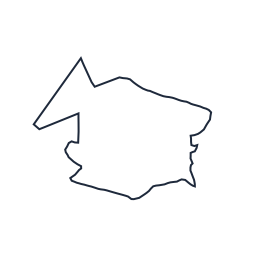 outline of Campo Alegre, Alagoas, Brazil, rotated 150°
{"feature_id": "56859067B15895498916123", "entity_name": "Campo Alegre", "entity_type": "district", "adm_level": 2, "iso_a3": "BRA", "parent_name": "Brazil", "parent_adm1": "Alagoas", "projection": "albers", "projection_center": [-36.296, -9.82], "detail": "fine", "context": "isolated", "style": "outline", "palette": "slate", "viewbox_px": 256, "rotation_deg": 150, "n_neighbors": 0, "source": "geoboundaries", "source_scale": "gbopen_adm2", "svg_char_len": 1726}
<svg xmlns="http://www.w3.org/2000/svg" viewBox="0 0 256 256"><g transform="rotate(150 128 128)"><path d="M89.8,65.0L89.4,67.8L89.1,70.3L87.7,72.5L86.2,75.1L84.1,74.9L81.8,74.4L78.6,76.4L76.6,78.6L79.5,79.2L81.6,81.5L80.3,84.5L78.7,87.3L77.6,90.0L74.0,88.6L70.4,87.9L67.6,88.0L63.0,88.8L58.1,91.7L54.7,93.4L52.8,94.3L50.6,97.2L48.2,100.0L49.0,103.2L50.6,105.6L52.6,107.7L54.7,110.5L57.6,113.5L59.9,115.8L61.4,117.5L62.6,119.4L64.2,121.5L66.2,123.1L68.3,125.0L70.1,127.0L71.4,128.6L73.0,130.5L74.5,132.1L76.9,134.2L79.2,135.9L81.5,137.9L83.9,140.7L85.2,142.3L86.9,144.5L88.8,146.9L90.4,149.1L92.1,150.5L93.6,152.3L95.5,154.8L96.8,157.2L98.0,159.4L99.3,162.2L100.4,164.8L101.1,166.8L101.9,169.1L104.1,171.4L107.5,173.8L110.1,176.1L136.2,180.4L136.6,185.9L134.9,204.2L134.5,207.8L133.9,212.0L207.8,178.3L205.4,171.3L200.7,170.6L163.6,165.4L165.5,162.1L168.3,157.1L172.7,149.4L178.5,140.2L181.3,142.1L183.5,144.6L186.8,144.6L190.0,142.4L193.2,140.7L194.0,138.1L193.8,134.9L194.0,132.4L191.9,126.0L189.9,121.9L187.7,118.4L188.8,116.4L191.4,116.1L193.5,115.3L197.2,114.0L200.9,113.7L203.0,113.5L203.1,110.5L201.3,108.3L199.8,106.3L198.0,104.5L196.5,102.9L194.1,100.7L192.1,98.6L190.6,97.1L189.1,95.7L186.3,92.6L184.2,90.2L182.4,88.6L179.5,86.4L177.5,84.5L173.5,80.3L170.0,76.7L166.4,73.1L163.7,70.3L162.2,68.6L160.6,64.8L158.6,63.5L153.2,61.9L149.9,62.1L146.8,62.3L144.5,62.5L141.3,63.0L138.4,64.1L135.3,64.9L132.5,64.1L129.6,62.8L127.2,61.9L124.5,60.9L121.1,60.4L118.4,59.7L115.1,58.3L112.4,57.1L109.8,57.0L107.3,56.7L104.4,54.4L103.0,50.5L102.0,48.0L100.7,45.6L99.3,44.0L98.2,46.0L97.4,48.1L96.7,50.2L96.3,52.9L95.9,55.3L95.5,57.7L95.2,59.9L93.7,62.5L92.0,64.4L89.8,65.0Z" fill="none" stroke="#1e293b" stroke-width="2"/></g></svg>